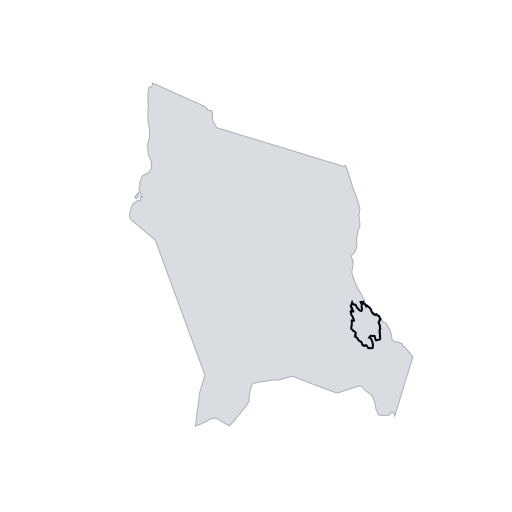 Loima, Rift Valley, Kenya (highlighted), rotated 160°
{"feature_id": "3690345B72596484741491", "entity_name": "Loima", "entity_type": "district", "adm_level": 2, "iso_a3": "KEN", "parent_name": "Kenya", "parent_adm1": "Rift Valley", "projection": "equal_earth", "projection_center": [35.181, 3.01], "detail": "fine", "context": "in_parent", "style": "outline", "palette": "ink", "viewbox_px": 512, "rotation_deg": 160, "n_neighbors": 0, "source": "geoboundaries", "source_scale": "gbopen_adm2", "svg_char_len": 7760}
<svg xmlns="http://www.w3.org/2000/svg" viewBox="0 0 512 512"><g transform="rotate(160 256 256)"><path d="M141.0,310.5L140.9,303.9L141.6,287.0L141.5,272.2L142.2,264.8L144.9,260.1L146.1,256.6L147.0,251.9L148.4,248.0L151.7,244.8L152.2,243.1L155.6,237.8L157.7,231.0L159.2,228.7L161.2,226.6L162.5,225.4L164.8,224.3L166.5,223.7L166.8,223.1L167.0,222.0L166.4,217.8L167.2,216.4L168.4,213.6L169.7,211.0L171.0,209.3L171.6,207.6L172.0,204.7L172.0,202.6L172.0,199.1L171.6,191.3L170.2,184.8L169.3,177.5L169.9,175.1L168.8,170.8L168.2,170.6L167.3,169.7L166.1,165.7L165.2,162.0L164.7,161.0L160.8,157.8L158.9,150.2L156.7,148.6L155.6,141.0L155.3,138.9L156.6,131.4L156.4,129.6L155.2,128.0L151.5,126.4L148.6,123.3L149.0,122.2L149.2,121.1L147.6,120.4L143.1,107.5L148.9,99.8L154.8,92.0L162.3,82.1L169.2,73.0L175.1,65.2L180.4,58.2L180.3,59.5L180.3,61.3L180.9,62.3L182.0,63.1L183.5,62.3L184.9,61.2L186.2,61.0L194.1,63.9L195.5,66.4L195.4,69.2L195.7,71.2L195.1,73.2L194.4,79.2L194.6,84.7L197.0,88.8L199.2,92.0L200.9,96.5L202.1,97.9L203.8,98.6L209.3,98.8L217.4,99.1L225.2,99.4L225.9,99.5L227.6,100.1L234.8,106.2L241.3,111.8L246.9,116.6L252.3,121.3L257.6,125.9L261.6,129.7L265.6,130.9L272.2,131.4L276.7,131.6L280.9,133.2L287.1,134.7L291.7,135.4L294.5,136.3L302.2,137.2L303.5,136.7L306.9,132.5L310.8,125.6L312.2,121.8L317.2,118.1L325.9,112.9L332.0,109.2L338.8,105.5L341.9,108.7L346.2,113.8L348.1,116.4L349.7,117.5L352.0,118.3L354.8,118.3L356.3,118.2L359.5,117.5L366.9,116.9L371.1,116.9L367.6,123.8L363.3,132.0L355.5,147.1L349.6,155.0L345.1,161.0L344.7,162.1L344.7,168.8L344.8,185.2L344.9,217.9L345.0,250.7L345.1,283.5L345.2,299.8L345.2,305.4L349.1,312.2L353.0,319.0L358.1,327.9L360.8,332.6L361.3,334.2L361.1,337.4L356.9,344.1L353.5,347.1L348.8,348.6L347.4,348.3L345.6,347.3L344.9,348.9L344.4,351.4L343.3,350.9L342.6,350.2L343.0,354.6L343.5,356.8L342.8,359.8L340.5,362.3L340.3,364.5L335.5,370.2L328.5,370.9L324.9,373.7L323.3,376.0L322.0,381.1L322.5,388.9L320.5,394.9L320.2,397.9L316.6,401.8L315.0,405.3L313.8,408.9L312.8,410.5L311.6,418.7L309.9,423.6L309.5,425.2L309.0,426.7L307.8,429.6L306.9,431.6L306.3,432.9L302.1,445.5L298.8,451.3L296.2,450.6L294.5,452.8L294.3,453.8L293.4,453.3L291.2,451.2L286.8,446.9L282.4,442.6L278.0,438.3L273.6,434.0L269.2,429.7L264.7,425.4L260.3,421.1L255.9,416.8L253.3,414.3L252.2,412.8L251.3,409.9L250.8,409.1L249.6,408.2L248.3,408.0L247.9,407.4L247.9,406.0L248.4,403.9L250.0,400.0L250.2,397.7L249.8,395.1L249.3,390.8L248.9,389.9L246.0,387.7L239.8,383.1L233.7,378.4L227.5,373.8L221.4,369.2L215.2,364.6L209.1,359.9L202.9,355.3L196.8,350.7L190.6,346.1L184.5,341.4L178.3,336.8L172.2,332.2L166.0,327.6L159.9,322.9L153.7,318.3L147.6,313.7L145.3,311.9L143.2,310.5L141.0,310.5ZM345.6,355.4L344.5,355.8L345.1,353.5L348.2,350.7L349.5,351.3L349.8,352.0L349.7,352.6L349.2,353.2L345.6,355.4Z" fill="#d9dde1" stroke="#a8b0b8" stroke-width="1"/><path d="M181.5,179.5L182.0,178.8L182.1,178.5L182.3,178.3L182.4,178.2L182.7,178.1L182.9,177.7L183.2,177.4L183.4,177.2L183.5,177.1L184.0,176.8L184.0,176.7L183.9,176.4L183.8,176.0L183.9,175.9L184.0,175.8L184.0,175.7L183.9,175.3L184.0,175.1L184.2,174.9L184.1,174.6L183.9,174.6L183.9,174.4L183.8,174.2L183.9,173.9L183.9,173.7L183.7,173.7L183.8,173.4L183.8,173.1L184.0,172.9L183.9,172.7L183.8,172.2L183.7,172.0L183.7,171.9L183.8,171.7L183.6,171.6L183.7,171.4L183.5,171.2L183.5,170.9L183.4,170.7L183.5,170.6L183.7,170.8L184.0,170.7L184.4,170.9L184.5,170.9L184.7,171.1L185.0,171.1L185.2,171.5L185.3,171.9L185.6,171.8L186.1,171.5L186.2,171.4L186.2,171.0L186.1,170.8L186.2,170.1L186.2,169.8L186.3,169.6L186.3,169.3L186.5,169.0L186.5,168.8L186.5,168.3L186.5,167.9L186.3,167.3L186.1,166.6L186.0,165.8L185.9,164.6L185.9,163.7L185.9,163.2L186.1,161.7L186.4,161.7L187.0,161.9L187.4,162.2L187.8,162.6L188.0,162.7L188.2,162.4L188.2,162.1L188.4,161.8L188.4,161.7L188.4,161.4L188.5,161.2L188.7,160.7L189.0,159.9L189.2,159.6L189.5,159.1L189.6,158.7L189.6,158.4L189.7,158.2L189.8,157.8L190.3,157.4L190.5,157.1L190.6,156.9L190.6,156.6L190.8,156.4L191.1,156.1L191.2,155.9L191.3,155.7L191.3,155.3L191.4,155.0L190.8,154.1L190.6,153.7L190.5,152.9L190.4,152.6L190.0,152.3L189.7,152.0L189.5,151.7L189.1,150.9L188.5,149.7L188.7,149.2L188.8,149.0L189.2,148.7L189.3,148.4L189.3,148.1L189.4,147.9L189.5,147.8L189.8,147.9L190.0,147.4L190.2,147.1L189.8,147.1L189.7,147.0L189.7,146.9L189.8,146.7L189.9,146.4L190.0,146.2L190.1,145.9L189.9,145.4L188.9,144.6L188.7,144.2L188.7,143.8L188.7,142.8L188.7,142.5L188.7,142.2L188.3,141.8L188.3,141.7L188.2,141.6L188.2,141.4L188.0,141.2L187.9,141.0L187.8,140.9L187.5,140.4L186.9,139.5L186.8,139.3L186.6,139.3L186.6,139.2L186.4,138.9L186.3,138.4L186.3,137.6L186.4,136.6L186.4,136.0L186.3,135.7L186.0,135.4L185.7,135.4L185.7,135.0L185.6,134.9L185.5,134.7L185.4,134.6L185.2,134.6L184.8,134.6L184.5,134.6L184.3,134.5L184.2,134.6L184.0,134.4L183.9,134.4L183.6,134.5L183.4,134.5L183.1,134.6L183.0,134.4L182.9,134.2L182.8,133.9L182.5,133.5L182.5,133.4L182.3,132.3L182.2,132.0L182.1,131.7L182.0,131.1L181.9,130.9L181.7,130.9L180.9,130.8L180.7,130.7L180.1,130.3L179.9,130.1L179.0,130.0L178.8,129.9L177.9,129.6L177.7,129.9L177.6,130.3L177.4,130.7L177.3,130.9L177.1,131.2L176.9,131.5L176.7,132.0L176.6,132.3L176.4,132.8L176.3,133.4L176.3,133.9L176.3,134.1L176.2,134.2L176.2,134.5L176.0,135.0L176.0,135.6L176.1,136.3L176.1,137.3L176.1,137.6L176.1,138.4L176.3,138.8L176.4,139.3L176.5,139.5L176.7,140.0L177.0,140.2L177.1,140.4L177.2,140.5L177.5,140.6L177.3,140.8L177.2,140.9L177.0,141.0L176.9,141.1L176.7,141.1L176.4,141.3L176.2,141.5L175.7,141.7L175.6,141.8L174.1,141.1L173.9,141.1L173.7,140.9L173.4,140.9L173.0,140.7L172.6,140.6L171.9,140.3L171.9,140.1L172.1,138.8L172.2,137.3L172.1,135.8L172.1,135.7L171.9,135.6L167.9,135.3L167.7,135.6L167.6,135.8L167.5,136.2L167.4,136.4L167.3,136.6L167.3,137.0L167.2,137.3L167.1,137.6L167.2,137.9L167.2,138.0L166.8,138.4L166.7,138.7L166.6,139.1L166.4,139.4L166.4,139.6L166.5,139.7L166.3,140.1L166.3,140.4L166.1,140.6L166.2,141.2L166.2,141.6L165.9,141.8L165.9,142.1L165.6,142.3L165.5,142.6L165.4,143.0L165.5,143.3L165.5,143.6L165.5,143.9L165.4,144.0L165.2,144.2L164.9,144.3L164.7,144.8L164.2,145.0L164.0,145.6L164.1,145.8L164.1,146.1L164.0,146.3L163.9,146.6L163.9,146.9L163.8,147.0L163.8,147.3L163.7,147.5L163.3,148.0L163.3,148.4L163.4,148.7L163.4,148.9L163.4,149.0L163.5,149.0L163.5,149.4L163.6,149.6L163.5,149.8L163.5,150.1L163.4,150.3L163.5,150.6L163.5,151.0L163.6,151.5L163.4,151.9L163.1,151.8L162.9,152.2L162.6,152.3L162.5,152.5L162.3,152.6L162.2,153.0L161.8,153.6L161.7,153.6L161.4,153.6L161.2,153.5L160.9,153.9L160.7,154.0L160.6,154.3L160.6,154.6L160.8,154.8L160.8,155.7L161.1,157.9L162.3,158.6L162.7,160.2L162.8,160.2L163.1,160.3L163.6,160.3L163.8,160.3L164.1,159.8L164.3,159.9L164.4,160.2L164.9,160.5L165.1,160.7L165.4,161.8L165.7,161.6L165.9,161.9L166.1,162.8L166.4,164.0L166.4,164.7L166.4,165.0L166.2,166.7L166.6,167.3L166.8,168.4L167.7,169.7L168.0,170.4L168.4,171.2L168.8,171.7L169.2,171.6L169.2,171.0L169.6,170.8L169.7,171.0L169.9,172.5L170.1,173.7L170.7,173.8L170.9,174.4L171.1,175.4L171.3,175.4L171.3,175.5L171.3,175.8L171.1,176.1L171.3,176.1L171.6,176.4L171.8,176.5L173.4,177.0L173.4,176.7L173.2,176.0L173.2,175.9L173.3,175.8L173.3,175.7L173.2,175.5L173.2,175.2L173.2,174.8L173.1,174.4L173.2,174.0L173.4,173.7L173.8,173.0L174.0,172.5L174.1,172.3L174.3,171.9L174.3,171.5L174.3,171.3L174.3,170.9L174.4,170.5L174.4,170.2L174.5,169.9L174.5,169.7L174.8,169.5L174.9,169.3L175.0,169.1L175.3,168.8L175.4,168.7L175.8,168.6L175.9,168.4L176.1,168.5L176.4,168.7L177.1,169.3L177.5,169.8L177.8,170.5L178.0,171.3L178.0,171.6L178.8,172.7L178.8,172.9L178.9,174.5L179.0,175.2L179.0,175.5L179.1,175.9L179.3,176.3L179.5,176.4L179.7,176.5L179.8,176.6L180.2,176.8L180.3,176.7L180.5,176.8L180.9,177.0L181.1,177.1L181.2,177.4L181.4,178.3L181.5,179.5Z" fill="none" stroke="#020617" stroke-width="2"/></g></svg>